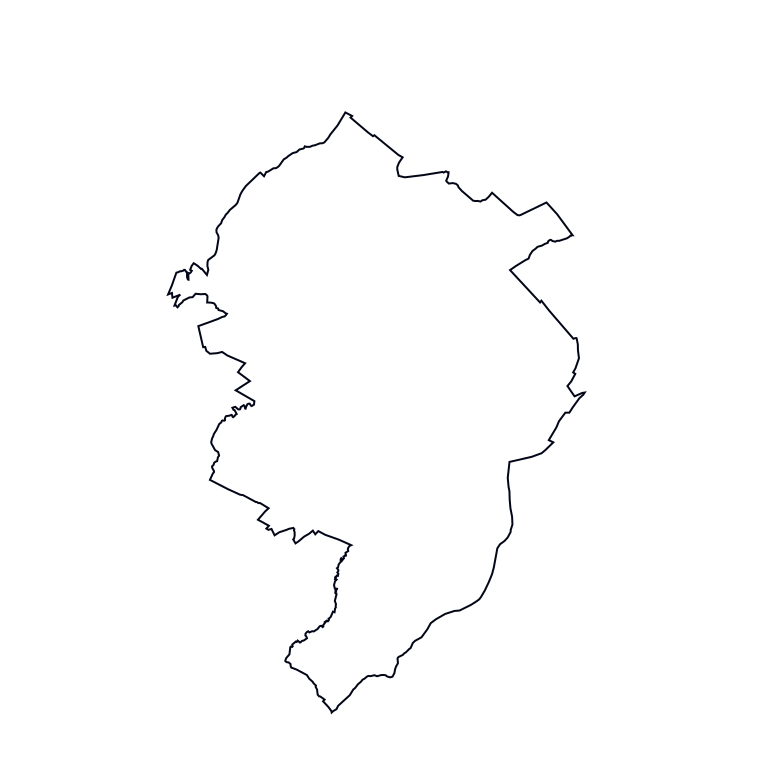 Tibanesti, Iasi, Romania, rotated 235°
{"feature_id": "2599482B76304798258418", "entity_name": "Tibanesti", "entity_type": "district", "adm_level": 2, "iso_a3": "ROU", "parent_name": "Romania", "parent_adm1": "Iasi", "projection": "mercator", "projection_center": [27.32, 46.923], "detail": "fine", "context": "isolated", "style": "outline", "palette": "ink", "viewbox_px": 768, "rotation_deg": 235, "n_neighbors": 0, "source": "geoboundaries", "source_scale": "gbopen_adm2", "svg_char_len": 6166}
<svg xmlns="http://www.w3.org/2000/svg" viewBox="0 0 768 768"><g transform="rotate(235 384 384)"><path d="M439.5,621.2L444.1,592.8L444.5,591.6L445.9,590.2L450.9,588.6L478.7,582.2L477.3,577.3L476.7,573.0L478.1,569.9L478.1,567.7L480.2,565.8L481.3,564.0L483.0,562.2L497.5,558.5L502.3,557.9L504.4,558.4L506.8,557.7L509.2,555.5L511.0,552.1L513.8,551.5L514.8,551.5L517.3,555.5L519.8,557.9L520.5,558.3L520.9,557.4L522.1,557.1L522.7,556.6L523.0,554.1L524.1,553.6L532.7,535.8L541.3,519.7L546.0,515.4L552.1,517.9L554.1,519.3L556.7,523.2L559.0,529.3L563.3,527.2L593.3,518.8L593.3,517.1L599.6,515.1L621.4,509.4L621.8,511.6L628.6,508.1L622.5,494.4L619.2,483.2L617.6,479.5L616.1,473.6L616.6,471.5L617.9,469.5L619.2,464.3L620.3,461.9L620.7,459.5L622.4,456.9L624.1,455.4L623.2,454.1L623.1,453.1L624.6,449.2L624.1,445.5L625.5,441.7L625.6,436.2L625.3,434.3L625.5,430.7L622.9,423.4L622.6,421.4L622.8,419.3L624.1,417.2L624.5,410.6L625.2,409.1L623.0,404.9L628.1,404.0L628.3,403.1L625.4,384.4L623.6,379.1L621.8,375.3L616.4,367.7L615.7,365.0L615.0,357.5L613.9,354.2L613.5,351.6L612.1,348.8L611.1,345.5L609.1,342.8L608.3,338.8L607.6,337.0L606.4,335.1L604.2,333.8L601.2,333.5L598.7,332.5L589.8,323.9L587.7,321.1L586.7,319.0L586.4,311.1L585.0,309.3L582.1,307.1L578.3,305.6L574.9,301.5L582.9,300.9L583.1,300.2L587.9,299.1L592.1,297.4L591.0,294.1L588.7,290.7L587.0,291.5L586.2,289.6L586.2,287.7L587.2,287.3L581.6,283.7L582.1,283.3L584.4,283.9L587.9,286.3L591.7,286.4L592.2,285.7L591.9,284.9L592.7,282.4L593.4,281.5L593.6,279.6L594.3,277.8L586.5,266.9L581.2,258.5L580.2,262.5L576.0,260.2L574.0,268.4L573.7,265.3L568.4,257.3L567.7,258.7L565.3,258.8L565.5,260.2L566.3,261.3L566.7,265.8L567.5,267.5L566.5,274.3L564.9,277.0L566.0,281.4L562.6,285.4L560.2,289.3L557.8,289.9L556.8,289.5L552.2,285.9L550.0,288.8L547.9,290.8L546.8,291.2L544.1,291.1L542.6,290.2L541.0,291.4L539.5,290.9L535.9,293.9L532.8,294.8L531.7,295.6L531.1,294.1L530.8,292.2L531.7,290.0L532.5,285.3L537.9,265.1L517.9,257.0L516.9,258.8L513.1,257.5L508.6,258.8L504.9,265.1L503.1,269.8L497.3,272.0L480.7,282.1L479.4,276.9L477.4,271.2L463.3,275.8L463.9,258.9L444.3,268.0L441.7,265.7L441.8,263.0L442.6,262.6L444.9,262.7L445.4,262.1L445.8,260.6L444.5,258.1L443.2,256.5L443.6,256.2L445.8,257.1L447.1,257.0L447.2,253.3L446.0,252.0L445.9,251.3L446.9,250.0L450.6,249.1L451.5,246.2L449.2,245.9L448.3,246.6L443.9,246.1L444.0,244.7L443.4,243.0L443.4,241.3L444.1,241.1L445.4,241.6L446.2,241.3L446.8,239.0L448.1,236.6L448.2,235.8L447.0,233.9L445.5,232.9L445.6,232.0L446.8,230.8L446.8,230.1L445.9,228.6L445.7,226.0L442.6,220.7L440.5,215.7L439.4,214.5L438.1,212.1L435.5,209.1L434.1,208.5L426.7,207.7L423.4,209.1L419.9,207.8L419.2,205.9L416.5,203.0L417.0,201.6L416.9,199.7L415.5,198.0L415.2,195.9L413.9,195.2L410.0,194.7L409.3,194.2L408.8,192.4L405.3,186.4L387.3,195.9L375.9,202.6L373.8,204.8L360.7,211.4L360.3,212.1L358.4,212.9L357.6,214.2L348.4,218.2L347.8,213.6L345.1,202.9L333.9,208.4L333.0,204.7L330.8,205.7L329.8,208.7L322.8,207.6L322.6,213.3L320.3,220.9L320.0,222.8L318.1,227.2L316.5,227.3L315.8,226.3L314.1,225.9L311.1,223.9L308.8,221.5L308.8,220.5L304.2,220.1L304.1,223.5L304.8,231.0L304.3,236.9L304.7,241.6L300.3,241.5L301.2,245.8L294.1,249.4L282.6,257.6L270.8,264.7L271.1,263.1L270.7,261.5L269.7,259.8L267.7,258.9L267.8,255.6L265.3,254.5L265.2,254.1L266.0,253.3L265.6,252.4L265.8,251.8L264.2,251.2L263.8,249.7L265.8,249.1L265.4,248.1L264.4,247.3L263.7,247.3L263.4,248.1L263.0,247.5L263.2,246.4L262.2,243.4L260.1,241.1L260.1,239.8L257.8,239.9L257.1,239.4L256.4,237.7L254.8,237.8L253.3,236.2L254.1,235.5L253.5,234.5L253.9,233.9L253.7,233.2L253.0,233.4L252.2,232.9L252.6,232.4L252.2,231.9L250.9,232.8L250.5,230.7L247.9,227.7L244.7,226.4L243.2,228.1L242.9,227.8L243.3,226.4L242.8,225.9L242.3,226.4L241.7,225.9L241.8,225.2L241.2,224.6L240.4,224.8L240.4,224.3L239.0,224.5L234.5,219.3L231.2,218.4L229.9,217.1L228.7,216.5L228.1,215.1L225.4,212.6L226.8,211.6L223.8,206.8L223.4,204.7L223.6,204.1L222.5,203.7L222.0,202.9L221.8,201.9L223.0,201.5L223.0,198.8L222.6,198.7L222.4,199.4L221.4,196.0L220.1,195.2L220.1,194.3L221.8,194.0L222.3,193.1L222.4,192.1L221.4,189.1L221.6,184.5L222.7,183.4L223.3,180.4L224.9,180.1L225.0,178.4L224.5,176.5L223.0,175.3L222.1,175.6L219.9,175.1L219.9,171.0L220.4,170.2L220.6,168.9L220.2,167.4L220.5,166.8L223.3,166.1L222.8,165.1L222.8,164.5L223.6,164.2L223.2,159.5L222.4,158.8L221.6,158.8L221.3,158.0L222.3,157.0L222.2,156.3L216.8,151.5L215.5,146.5L214.0,144.5L213.4,144.2L211.8,144.9L210.6,146.2L208.2,146.8L206.6,145.8L204.9,145.4L200.4,148.5L189.8,153.9L185.6,153.7L180.9,154.8L179.5,154.6L175.9,155.3L175.2,154.3L172.1,153.9L167.6,151.5L165.4,151.7L164.5,152.6L159.5,154.3L159.0,152.1L151.3,153.2L146.4,153.3L144.9,152.7L145.2,154.8L144.9,158.6L146.7,161.8L148.7,177.4L151.4,183.7L151.5,185.8L153.0,190.5L153.3,194.3L154.1,196.8L153.8,198.6L154.1,202.4L153.8,203.8L152.4,205.4L150.9,209.2L148.6,210.7L147.2,214.7L146.0,216.6L144.5,218.3L142.7,218.8L140.2,220.7L139.4,223.1L141.2,226.7L144.0,229.5L145.6,231.7L147.3,235.3L151.5,237.7L151.9,238.6L152.0,239.6L151.3,244.0L151.8,246.4L151.6,247.8L152.5,252.9L152.4,254.3L155.3,259.0L155.8,262.1L155.0,269.4L158.2,278.8L161.3,285.1L161.5,291.5L160.6,302.1L157.7,311.5L155.1,316.0L153.2,328.5L152.9,335.7L153.0,338.5L153.8,341.1L157.0,348.1L161.6,356.2L166.3,363.5L170.7,368.7L184.4,382.6L186.2,387.1L186.3,392.7L187.3,397.2L190.1,402.8L191.7,404.0L195.2,408.6L201.8,412.8L209.7,416.3L217.3,420.7L224.3,425.3L228.2,427.0L236.1,431.5L248.2,442.1L239.6,463.3L236.9,473.4L237.3,478.0L239.1,489.2L243.5,486.8L249.5,500.2L253.1,505.9L256.5,516.1L254.2,519.4L256.6,525.2L260.3,535.9L260.9,541.0L261.9,543.5L263.0,541.2L264.6,533.0L277.1,533.1L278.8,539.0L282.6,546.5L285.0,545.6L287.0,549.8L293.3,558.5L300.5,562.3L305.3,565.5L310.9,568.0L311.3,567.9L312.1,566.4L312.4,565.1L349.3,561.4L362.0,560.7L361.3,558.6L405.0,552.6L405.0,559.6L404.4,570.5L403.8,574.4L406.1,577.6L407.8,582.0L407.9,585.9L408.3,588.5L406.8,592.7L406.5,596.1L405.7,599.1L406.8,600.5L406.8,602.7L406.2,603.5L404.5,604.0L402.4,605.9L402.0,608.0L400.8,609.6L398.4,617.5L398.3,620.4L398.6,621.9L398.1,622.3L398.1,623.3L397.7,623.8L423.8,623.2L439.5,621.2Z" fill="none" stroke="#020617" stroke-width="2"/></g></svg>